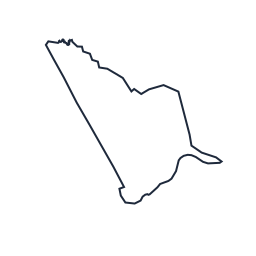 the district of Isle of Wight, Virginia, United States of America, rotated 103°
{"feature_id": "52423323B3800654156797", "entity_name": "Isle of Wight", "entity_type": "district", "adm_level": 2, "iso_a3": "USA", "parent_name": "United States of America", "parent_adm1": "Virginia", "projection": "robinson", "projection_center": [-76.854, 36.893], "detail": "fine", "context": "isolated", "style": "outline", "palette": "slate", "viewbox_px": 256, "rotation_deg": 103, "n_neighbors": 0, "source": "geoboundaries", "source_scale": "gbopen_adm2", "svg_char_len": 1822}
<svg xmlns="http://www.w3.org/2000/svg" viewBox="0 0 256 256"><g transform="rotate(103 128 128)"><path d="M81.2,87.1L78.2,103.0L85.6,116.2L91.9,122.8L88.6,130.8L91.6,132.9L80.4,144.3L74.9,161.5L75.5,169.7L70.1,172.3L69.7,178.2L64.2,181.8L63.5,188.9L59.1,191.2L60.0,195.7L56.6,201.5L54.8,202.5L55.0,202.8L55.3,203.0L55.4,203.3L55.5,203.4L55.7,203.5L55.8,203.8L55.7,204.0L55.5,204.3L56.0,204.4L56.1,204.5L56.1,205.0L56.3,205.2L56.5,205.1L56.5,204.9L56.8,204.9L56.9,205.0L57.1,204.9L57.2,204.6L57.3,204.5L57.7,204.6L57.8,204.6L57.8,204.4L58.0,204.4L58.0,204.9L58.5,204.7L58.7,204.4L58.6,204.2L58.8,204.4L59.0,204.4L59.1,204.6L59.3,204.3L59.5,204.1L59.8,204.2L60.3,204.7L60.6,205.0L60.6,205.4L60.4,205.7L60.4,206.0L60.1,206.2L59.9,206.5L59.6,206.6L59.5,206.3L59.3,206.4L59.3,206.5L59.3,206.9L59.4,207.0L59.6,207.0L59.1,207.2L59.0,207.3L59.1,208.2L59.0,208.4L58.9,208.5L58.8,208.3L58.7,208.4L58.6,208.6L58.5,208.8L58.3,208.8L58.2,208.9L58.3,209.0L58.6,209.0L58.9,209.4L58.9,209.6L58.6,209.7L58.1,210.0L57.8,210.1L57.8,210.3L58.0,210.4L57.9,210.9L57.8,211.2L57.5,211.4L57.5,211.5L57.4,211.4L57.2,211.0L57.0,210.9L57.0,211.0L56.9,211.2L56.8,211.5L56.7,211.5L56.7,211.1L56.6,210.9L56.4,211.1L56.5,211.6L57.1,211.9L57.7,211.7L58.0,211.8L59.0,212.5L59.3,212.8L59.3,213.0L59.1,214.0L58.5,214.5L58.9,214.8L59.4,214.6L59.8,214.6L60.3,214.8L60.8,215.3L61.5,225.1L65.5,226.7L77.5,216.1L93.1,202.0L114.8,183.7L133.3,166.4L169.2,133.4L186.4,118.6L189.1,122.7L195.5,119.8L201.2,113.8L200.1,104.5L195.9,99.4L191.6,98.3L189.1,96.2L188.1,94.2L188.5,93.1L187.8,92.0L179.2,86.0L175.3,84.1L170.5,76.7L167.6,74.2L159.2,71.5L148.1,71.3L145.4,70.1L142.6,67.5L140.7,63.8L140.2,60.1L141.0,55.4L144.1,47.3L144.5,42.1L141.3,30.8L139.6,29.3L136.8,35.6L135.4,50.7L130.9,62.2L120.6,66.5L81.2,87.1Z" fill="none" stroke="#1e293b" stroke-width="2"/></g></svg>